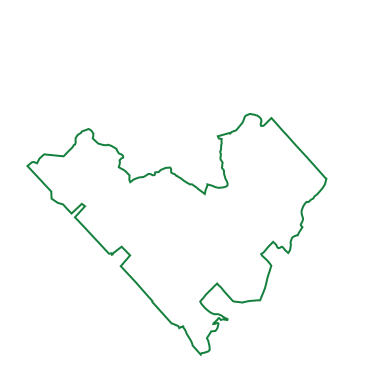 Salah, Ta`izz, Yemen (Albers equal-area conic projection), rotated 228°
{"feature_id": "15242507B73155733495218", "entity_name": "Salah", "entity_type": "district", "adm_level": 2, "iso_a3": "YEM", "parent_name": "Yemen", "parent_adm1": "Ta`izz", "projection": "albers", "projection_center": [44.04, 13.581], "detail": "fine", "context": "isolated", "style": "outline", "palette": "green", "viewbox_px": 384, "rotation_deg": 228, "n_neighbors": 0, "source": "geoboundaries", "source_scale": "gbopen_adm2", "svg_char_len": 5921}
<svg xmlns="http://www.w3.org/2000/svg" viewBox="0 0 384 384"><g transform="rotate(228 192 192)"><path d="M321.4,87.1L311.0,87.3L301.3,87.5L299.2,87.5L297.4,87.5L288.2,87.7L286.5,87.7L281.0,83.2L273.7,85.0L269.0,87.9L266.8,87.9L263.6,87.9L256.6,88.1L256.9,102.2L253.0,103.0L251.5,88.1L243.7,88.3L235.4,88.5L234.0,88.5L227.1,88.6L221.1,88.7L218.0,88.8L209.8,88.9L209.3,88.9L207.2,88.9L204.8,89.0L201.7,89.0L200.9,90.2L200.7,90.8L200.4,91.1L199.9,90.7L199.0,90.4L198.7,91.2L199.2,92.4L199.2,93.0L198.4,103.1L186.3,103.6L184.5,89.4L179.5,89.5L174.9,89.6L161.3,89.8L159.3,89.8L154.6,89.7L143.9,89.6L140.2,89.6L137.4,89.6L136.9,88.9L107.8,88.9L107.2,89.5L103.6,91.1L101.8,92.0L100.5,91.9L99.3,91.5L99.1,93.3L98.5,93.9L98.3,95.4L98.0,95.6L97.0,94.9L94.8,94.7L94.2,94.6L92.5,94.1L89.6,93.0L89.2,93.0L86.0,92.4L82.7,91.8L82.3,91.7L79.7,90.9L77.8,90.0L77.4,89.7L70.4,89.7L65.2,89.7L65.8,91.1L65.3,92.2L64.2,93.6L63.7,95.2L63.0,96.5L62.6,97.5L62.9,99.6L65.4,101.6L66.2,102.1L69.5,103.9L70.5,104.5L73.4,105.3L74.5,109.3L74.7,110.2L75.2,111.9L75.6,112.8L73.1,116.5L73.3,117.9L73.8,119.7L74.4,120.7L75.2,121.9L76.0,123.1L76.7,123.7L77.5,123.3L77.8,122.8L78.5,121.7L78.6,120.9L79.6,119.5L80.0,120.1L80.0,124.4L80.2,125.7L80.5,127.2L80.3,127.7L80.1,127.8L78.4,127.9L77.5,127.9L76.9,129.3L76.3,130.3L75.7,130.6L74.9,131.2L74.3,131.7L73.8,132.1L73.2,132.6L73.8,133.4L75.7,132.5L78.1,131.7L80.6,131.2L82.8,130.2L84.1,129.3L84.5,128.9L85.3,127.8L85.7,127.5L86.4,126.8L87.6,126.1L90.0,125.1L93.5,124.4L97.4,124.0L101.5,124.1L102.0,124.1L103.2,124.3L103.5,124.4L104.0,124.5L105.1,124.8L105.4,126.6L105.5,128.1L105.6,129.0L105.6,129.4L106.4,133.4L106.6,137.2L106.7,138.4L106.8,142.7L106.9,143.6L107.0,144.1L107.1,146.5L107.1,149.5L106.6,149.4L106.0,149.3L104.8,149.4L101.6,149.7L96.4,149.4L85.2,149.4L83.6,149.4L82.5,149.9L81.2,151.1L80.2,151.9L78.9,153.1L75.7,155.9L75.6,156.6L73.4,160.4L73.2,160.7L72.3,162.1L71.1,163.7L67.7,168.1L66.2,169.8L66.0,170.1L66.1,170.5L67.3,172.9L68.6,175.7L69.0,176.5L70.0,178.6L70.2,178.9L71.7,181.9L72.1,182.5L72.3,182.7L72.6,183.3L75.1,187.0L76.9,189.5L77.4,190.3L79.6,193.8L81.2,196.7L84.0,201.3L84.1,201.6L86.1,201.9L88.8,202.0L89.3,202.1L90.6,202.1L93.1,201.9L96.9,201.6L97.2,201.5L97.6,201.5L98.8,201.7L99.6,201.9L99.6,202.2L99.4,203.4L99.3,204.1L99.2,205.2L99.4,206.5L99.5,207.5L99.8,209.1L99.9,209.8L100.1,211.1L100.3,213.8L100.3,214.7L100.7,218.9L96.6,219.3L93.8,218.4L93.4,218.5L92.5,218.6L91.7,219.9L91.3,222.0L91.0,222.2L90.3,222.5L87.5,222.4L86.9,222.3L86.5,222.3L82.3,222.7L82.6,224.3L82.9,224.9L83.4,226.3L86.3,229.8L86.6,230.2L88.4,231.3L89.7,233.2L91.0,235.7L90.9,237.5L90.5,238.9L90.2,239.4L89.8,240.7L89.0,241.6L89.6,242.6L90.2,244.2L90.5,245.2L91.0,247.0L91.8,249.8L92.0,250.6L92.9,250.5L94.2,250.6L95.0,251.0L95.6,252.4L95.9,253.4L96.2,254.3L97.8,256.7L101.7,258.5L102.4,259.0L103.2,259.5L103.5,259.8L104.3,260.4L104.8,261.2L105.4,262.2L105.8,262.8L107.1,265.6L107.7,267.9L107.9,269.8L108.0,270.4L106.5,272.1L106.7,274.5L106.6,275.4L106.3,276.7L106.1,277.5L106.0,277.9L106.3,278.5L106.8,280.3L106.5,283.8L107.0,287.9L107.4,291.2L108.1,293.7L108.8,296.1L112.0,300.8L113.1,300.5L116.1,300.5L132.0,300.6L132.5,300.6L139.5,300.6L140.6,300.7L141.8,300.6L153.4,300.5L156.6,300.4L167.9,300.5L172.2,300.5L173.7,300.4L176.0,300.4L188.1,300.5L193.8,300.5L193.7,298.2L193.3,290.1L193.7,288.8L194.5,288.2L194.8,287.6L195.8,287.9L196.7,288.7L197.3,289.7L198.0,290.9L199.0,291.5L199.9,292.1L201.7,292.3L203.2,292.1L204.7,291.7L205.4,291.5L206.0,290.9L207.6,290.2L208.6,289.3L211.1,287.5L211.8,285.8L212.8,282.9L212.2,280.8L211.7,280.0L211.0,278.8L210.1,276.8L209.6,275.3L209.5,274.4L208.7,269.2L208.3,266.0L209.3,263.6L209.4,263.2L210.0,261.9L210.0,260.7L209.9,259.4L210.7,259.4L216.1,248.5L215.8,248.4L214.7,248.0L213.4,247.9L213.2,248.1L212.3,249.0L211.4,249.5L210.9,248.8L209.3,247.3L208.2,246.6L207.2,244.9L206.1,244.0L204.7,242.5L203.4,240.9L203.2,240.0L202.5,239.6L202.3,239.4L200.9,238.9L197.6,235.3L196.6,235.0L193.3,234.4L192.2,232.9L191.2,232.0L190.5,231.1L190.0,230.4L188.2,230.2L186.8,230.2L186.2,229.7L185.0,228.8L183.9,227.9L182.2,227.1L179.6,225.8L177.3,225.2L176.8,225.1L174.9,224.4L174.0,223.7L173.1,222.7L173.2,221.1L173.8,219.7L174.3,218.7L174.6,218.2L175.6,216.8L176.5,215.6L177.3,214.5L180.2,212.5L182.1,211.7L183.3,211.1L185.7,209.6L187.4,208.5L186.3,207.5L184.9,204.6L184.3,203.3L182.8,201.4L182.0,200.2L184.3,199.8L185.7,199.5L189.5,198.7L192.2,198.4L196.4,197.4L196.9,197.3L197.6,197.2L198.2,196.6L199.2,195.4L200.5,195.2L201.7,194.6L203.0,194.3L206.1,193.4L207.6,193.2L209.2,192.9L210.2,192.8L211.4,192.2L212.3,192.0L213.1,191.8L213.9,191.7L214.4,191.2L214.9,191.1L215.8,191.2L216.6,191.1L217.8,190.6L218.3,190.3L218.7,190.0L219.9,189.7L220.6,189.7L221.4,190.3L222.6,191.6L223.8,192.1L224.9,192.0L226.4,190.0L227.0,189.3L227.6,188.4L229.1,184.0L229.3,182.9L229.1,181.5L229.2,180.5L230.0,179.3L230.6,178.8L231.2,177.6L230.3,176.5L229.7,175.8L230.1,174.6L231.0,173.9L232.6,173.4L233.7,172.7L234.7,171.6L234.8,169.7L235.6,166.0L236.9,164.2L238.3,162.2L239.6,159.0L240.4,156.6L240.5,153.3L240.6,152.7L243.0,153.6L244.6,155.2L245.6,156.1L246.2,156.7L248.3,156.6L251.1,156.5L253.5,156.2L255.3,155.6L257.7,154.7L259.5,154.2L260.5,156.0L260.9,156.6L262.1,158.1L264.0,159.4L264.2,161.4L264.1,162.1L263.7,163.8L263.9,164.2L265.2,164.9L265.5,164.9L267.3,164.7L269.3,163.5L269.7,163.5L272.3,163.9L274.7,164.7L275.2,164.5L280.4,162.9L283.4,161.1L283.9,160.1L284.2,159.4L284.5,159.1L286.9,157.1L290.8,154.7L295.5,154.3L296.3,154.2L298.2,154.1L299.5,155.8L301.4,157.8L305.1,158.3L307.6,157.5L308.1,157.3L308.8,155.1L309.9,152.7L310.6,150.7L310.5,149.9L310.2,148.8L310.7,146.4L310.9,145.1L309.8,141.4L307.9,139.7L306.3,138.3L306.1,138.0L305.5,136.7L306.0,135.8L305.6,134.5L305.2,133.0L305.1,132.4L305.0,129.1L304.9,127.6L304.9,126.9L304.4,120.5L318.9,107.3L318.9,101.1L317.0,96.0L319.1,95.0L320.1,94.6L321.1,93.2L321.3,90.8L321.4,87.1Z" fill="none" stroke="#15803d" stroke-width="2"/></g></svg>